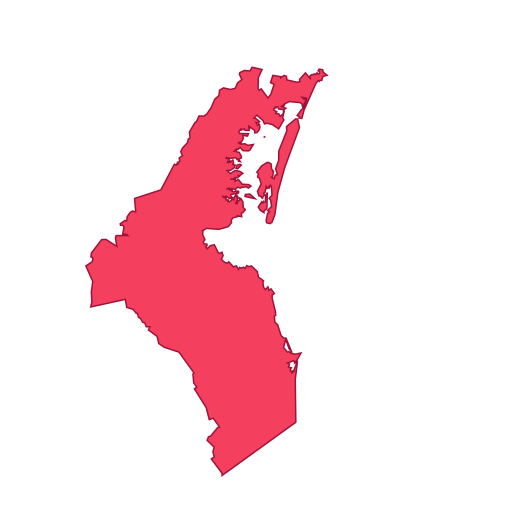 Western Bay of Plenty District, Bay of Plenty, New Zealand (orthographic projection), rotated 54°
{"feature_id": "76426892B94819834972279", "entity_name": "Western Bay of Plenty District", "entity_type": "district", "adm_level": 2, "iso_a3": "NZL", "parent_name": "New Zealand", "parent_adm1": "Bay of Plenty", "projection": "orthographic", "projection_center": [176.081, -37.7], "detail": "fine", "context": "isolated", "style": "filled", "palette": "rose", "viewbox_px": 512, "rotation_deg": 54, "n_neighbors": 0, "source": "geoboundaries", "source_scale": "gbopen_adm2", "svg_char_len": 6149}
<svg xmlns="http://www.w3.org/2000/svg" viewBox="0 0 512 512"><g transform="rotate(54 256 256)"><path d="M100.4,188.0L104.4,191.7L104.9,197.2L109.6,205.0L112.3,212.6L112.1,216.2L109.2,219.7L112.3,225.3L112.1,226.9L116.6,237.0L121.8,240.0L121.6,242.0L124.0,244.7L125.5,252.2L127.5,255.6L131.6,256.5L131.6,260.6L134.4,261.9L134.8,263.1L134.0,264.3L135.7,265.2L134.9,265.7L135.5,267.1L133.8,268.1L146.6,294.1L138.1,320.4L149.6,327.4L146.9,329.7L146.8,332.2L148.4,336.9L151.6,340.2L150.2,341.2L150.1,346.9L151.5,347.5L152.8,345.7L154.7,345.6L159.9,350.9L162.6,347.8L164.2,347.6L157.3,357.1L158.8,359.1L166.4,363.0L154.4,367.6L152.0,371.2L156.8,387.4L159.7,390.1L161.9,389.1L164.3,391.8L164.1,399.5L180.6,403.0L188.4,410.4L197.0,416.0L200.0,419.7L214.3,387.2L221.6,390.8L226.9,386.8L232.1,386.6L232.8,385.6L236.4,387.1L238.9,386.1L242.8,386.7L245.0,385.3L248.7,386.4L250.9,383.5L252.6,386.5L262.9,383.3L269.7,386.1L275.7,384.0L288.5,374.8L314.2,374.9L314.4,376.4L322.1,381.0L327.3,381.0L327.2,383.9L349.4,385.4L360.9,390.0L362.1,386.0L373.0,386.0L372.3,387.9L375.0,398.5L374.3,400.7L376.4,403.9L386.1,402.2L389.0,405.9L394.0,407.9L393.9,411.4L411.9,411.2L413.6,412.5L413.9,321.5L379.0,296.8L365.2,284.0L371.1,293.0L372.3,293.0L371.0,293.2L371.9,295.2L371.3,295.8L370.3,294.4L369.6,295.7L367.8,294.8L367.3,293.1L365.1,295.0L363.0,292.4L361.1,293.5L362.9,286.9L364.2,287.2L364.6,286.0L365.4,287.4L365.5,286.5L360.9,276.6L358.7,281.7L355.3,284.9L352.5,285.7L352.3,287.0L346.2,287.5L340.9,280.9L350.2,283.7L355.3,283.7L340.1,280.0L338.8,281.9L334.9,282.4L324.3,278.9L320.7,279.6L315.5,276.6L315.6,274.9L312.5,273.0L299.6,267.7L297.1,265.9L297.2,263.2L291.4,263.2L291.4,265.7L288.0,264.5L288.7,268.1L285.9,268.3L281.3,265.9L280.6,264.5L274.4,266.4L269.4,264.1L261.4,265.5L260.4,268.0L258.4,269.0L259.6,272.1L257.8,272.6L257.0,275.3L255.6,276.0L256.5,278.0L252.4,277.7L251.5,280.6L244.6,281.4L245.1,283.2L242.7,285.1L238.3,286.0L236.4,282.4L232.9,281.3L232.3,284.2L231.3,284.6L222.4,283.1L220.8,286.8L221.4,291.3L218.9,291.2L218.9,289.6L217.6,288.7L215.6,290.9L213.6,290.5L212.8,287.7L207.1,286.5L204.7,284.3L204.1,285.2L204.6,279.8L212.7,270.2L216.0,261.1L214.6,256.2L212.5,254.9L211.5,252.5L213.5,247.1L212.8,247.1L215.8,244.5L212.7,242.6L213.2,241.1L212.2,237.4L209.3,237.8L204.5,234.8L200.6,234.4L199.1,235.4L201.2,236.0L201.0,238.3L202.6,240.6L201.5,241.5L198.7,236.9L196.3,237.1L197.2,235.9L194.7,235.7L195.3,238.4L197.6,241.1L195.1,241.8L196.5,243.1L196.5,245.7L195.4,246.7L194.6,245.3L192.8,247.3L191.6,246.1L189.3,247.9L188.4,247.6L190.6,246.3L189.8,245.4L193.7,243.7L195.2,240.5L193.0,241.3L191.5,240.2L194.8,233.2L193.8,232.2L192.2,232.5L193.1,232.7L192.8,234.1L191.6,233.9L191.1,236.3L189.3,237.4L188.6,236.4L187.7,238.2L185.5,238.6L184.9,240.0L184.4,239.6L185.4,237.9L187.8,236.6L187.2,235.6L190.1,233.8L189.5,230.6L192.0,228.5L192.2,226.2L192.1,227.4L194.3,223.1L196.6,222.3L196.5,219.0L193.8,220.0L189.9,224.9L183.8,225.3L183.1,228.9L181.5,227.4L180.7,229.2L178.7,231.7L180.5,228.9L180.2,226.6L181.8,225.4L181.7,222.7L179.7,223.6L181.5,222.3L181.3,218.0L178.0,219.3L174.5,222.7L174.3,228.3L169.9,229.1L171.6,226.4L171.9,222.1L170.2,219.4L168.3,221.1L167.7,219.4L164.7,218.3L165.0,221.9L163.5,224.3L162.8,223.1L164.1,222.1L163.6,221.2L161.5,221.0L159.3,222.8L158.8,222.0L161.4,220.1L164.6,214.6L166.9,214.6L167.3,213.3L169.0,214.5L170.4,213.2L167.3,213.3L168.1,210.6L166.9,209.2L162.2,208.7L160.3,210.6L158.4,209.1L158.8,210.8L158.3,211.7L158.0,209.3L159.2,207.8L158.8,205.1L163.1,204.6L166.5,200.4L166.8,198.9L164.2,192.6L161.7,197.5L158.7,199.0L156.2,203.0L153.4,203.9L155.1,202.3L154.2,201.3L155.6,201.8L153.5,197.2L150.7,195.8L154.0,192.4L152.6,190.2L147.2,197.3L145.5,197.0L144.6,195.2L145.5,194.3L144.4,193.6L146.3,192.1L146.2,191.0L148.0,190.9L150.4,187.6L149.1,186.2L147.5,187.1L148.3,186.2L146.7,185.4L153.6,183.3L155.6,184.7L156.7,182.7L155.8,179.2L154.1,177.1L151.8,175.9L150.9,176.1L151.3,178.0L147.9,177.5L149.5,175.9L149.4,174.1L144.9,175.2L143.3,176.7L142.6,172.5L150.6,170.7L154.1,171.5L155.1,169.0L159.2,165.6L166.5,163.0L162.3,153.5L159.8,153.1L155.4,148.0L154.6,148.3L156.8,150.1L157.3,154.3L154.4,154.0L152.1,156.2L151.4,154.4L148.1,155.9L147.2,154.3L147.9,152.9L146.8,152.7L148.2,150.6L150.3,151.4L154.1,147.3L154.0,145.0L149.9,147.5L149.8,146.1L150.9,145.8L150.6,144.3L149.7,144.3L150.6,138.3L158.0,130.0L160.2,129.5L162.9,130.7L158.6,123.0L157.2,125.0L154.7,125.4L157.5,122.6L159.1,122.8L164.8,131.1L164.3,133.2L166.6,140.2L168.6,138.9L169.6,140.1L171.7,138.1L166.1,131.2L151.6,106.1L150.7,102.6L152.0,102.1L151.5,101.0L152.6,99.6L150.0,96.3L151.6,92.3L146.8,93.6L144.4,92.6L141.9,95.2L142.7,96.9L143.9,96.2L145.7,97.2L145.6,98.8L143.7,99.0L144.1,101.6L143.2,101.6L142.0,104.9L142.2,107.0L145.1,107.8L136.9,108.4L138.7,116.9L140.8,118.1L139.4,120.8L131.7,127.5L128.4,125.7L126.4,127.2L126.4,131.2L125.6,130.4L119.8,136.2L124.3,142.4L127.7,140.4L133.9,149.0L135.1,153.5L123.8,153.5L123.8,156.0L121.8,155.9L113.0,149.2L108.7,141.5L101.0,148.2L102.8,152.1L99.1,156.3L98.1,161.2L99.3,162.7L104.9,163.7L105.1,169.2L108.1,174.2L106.3,178.7L100.9,183.5L100.4,188.0ZM201.3,180.7L177.6,145.3L169.7,141.9L168.4,143.3L169.2,155.2L173.0,157.7L184.4,175.8L192.0,181.5L196.9,188.8L202.7,190.8L201.9,192.9L204.2,196.1L200.8,197.4L202.0,196.4L197.9,192.1L194.8,192.2L190.4,189.7L187.9,190.6L186.8,192.1L186.4,198.5L188.7,206.1L190.6,205.5L193.0,208.3L195.0,207.5L200.8,209.5L204.5,216.8L209.1,218.3L210.3,217.2L213.1,216.9L213.2,216.7L212.2,216.1L211.8,213.1L209.7,212.9L209.8,211.3L205.8,206.9L207.8,207.2L207.4,204.8L209.1,206.2L207.4,202.7L208.7,202.7L216.2,207.3L217.1,211.4L219.5,211.4L225.1,214.3L226.0,219.9L228.2,219.1L228.3,221.6L233.2,226.9L235.3,227.9L238.1,225.6L238.0,222.9L233.7,216.5L217.1,200.6L201.3,180.7ZM223.9,219.2L211.3,209.5L212.7,212.5L217.6,216.7L217.0,218.9L216.3,218.3L216.4,220.5L215.8,220.1L217.7,225.4L221.4,225.7L225.6,224.1L224.4,223.3L223.9,219.2ZM209.0,223.1L202.4,224.5L199.9,228.4L201.4,229.9L209.0,223.1ZM173.8,214.4L172.4,215.1L171.4,217.9L173.2,220.6L174.7,219.6L173.8,214.4ZM164.7,180.2L164.6,179.4L164.7,178.1L164.6,179.4L164.7,180.2Z" fill="#f43f5e" stroke="#9f1239" stroke-width="1.5"/></g></svg>